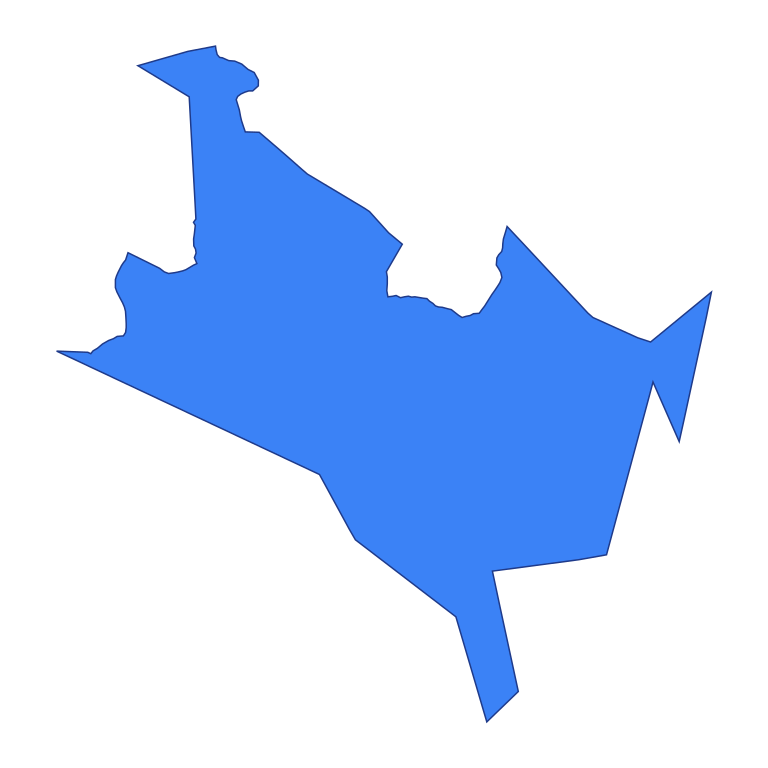 São João do Piauí, Piauí, Brazil (Equal Earth projection)
{"feature_id": "56859067B41034930861152", "entity_name": "São João do Piauí", "entity_type": "district", "adm_level": 2, "iso_a3": "BRA", "parent_name": "Brazil", "parent_adm1": "Piauí", "projection": "equal_earth", "projection_center": [-42.318, -8.328], "detail": "fine", "context": "isolated", "style": "filled", "palette": "blue", "viewbox_px": 768, "rotation_deg": 0, "n_neighbors": 0, "source": "geoboundaries", "source_scale": "gbopen_adm2", "svg_char_len": 1978}
<svg xmlns="http://www.w3.org/2000/svg" viewBox="0 0 768 768"><path d="M711.4,292.1L650.6,342.0L637.8,337.8L608.8,324.7L592.9,317.5L587.9,313.1L523.9,244.4L507.1,226.5L505.5,232.1L503.4,239.0L502.8,244.0L502.6,247.9L501.7,251.5L498.7,254.8L496.9,257.9L496.3,265.0L498.7,268.7L500.8,272.5L501.9,277.5L499.9,282.6L497.5,286.4L494.9,290.3L491.9,294.5L488.2,300.4L484.6,306.1L481.9,309.6L479.2,313.3L473.5,313.7L470.2,315.5L466.1,316.3L462.1,317.5L458.7,315.4L455.5,312.9L451.3,309.6L447.9,308.8L442.3,307.3L438.6,307.0L435.4,305.9L432.9,303.4L429.5,301.2L426.9,298.6L423.3,298.2L419.1,297.5L414.9,296.8L411.6,297.1L408.4,296.2L404.5,296.8L400.5,297.7L396.1,295.5L392.4,296.3L387.9,296.8L386.8,290.7L387.3,283.8L387.3,277.0L386.4,271.7L402.3,244.2L388.6,232.8L378.7,221.8L369.5,211.6L365.2,208.7L327.5,186.1L307.4,174.1L301.7,169.2L287.2,156.4L280.4,150.5L259.2,132.3L245.3,131.9L243.7,127.3L241.5,120.6L240.6,116.8L239.3,109.8L236.2,99.6L237.7,96.4L240.9,94.0L244.8,92.2L248.8,90.9L252.7,90.9L258.3,85.9L258.4,80.2L254.2,72.5L248.0,69.4L241.8,64.1L234.7,61.1L228.7,60.6L222.4,57.8L219.6,57.4L217.2,54.6L216.0,49.8L215.5,46.1L187.8,51.4L137.9,65.7L189.2,96.8L195.0,202.0L195.9,219.0L193.5,222.3L195.3,225.4L194.3,234.3L193.6,239.0L193.8,245.9L195.5,249.1L196.1,253.0L194.4,257.6L196.9,263.6L193.6,265.1L185.9,269.7L182.6,270.9L177.6,272.1L174.5,272.7L168.6,273.5L164.3,271.9L159.6,268.3L128.0,252.7L125.6,260.0L123.5,262.6L121.5,265.6L118.1,272.3L116.5,276.0L115.4,279.6L115.4,287.7L116.9,291.9L120.0,298.0L122.6,302.8L124.4,307.0L125.5,311.3L125.9,317.2L126.2,323.6L126.2,327.6L125.6,332.4L123.4,335.9L117.2,336.4L113.4,338.7L108.6,340.5L102.5,344.0L97.4,348.3L93.0,350.9L90.8,353.7L87.8,352.3L56.6,351.1L319.5,474.5L345.1,521.5L349.5,529.6L355.4,539.8L455.9,616.8L486.8,721.9L518.3,691.5L500.0,606.9L492.4,571.1L578.9,559.7L606.5,554.8L627.5,476.9L648.2,400.1L653.0,382.0L679.2,441.6L683.9,420.3L706.4,316.9L711.4,292.1Z" fill="#3b82f6" stroke="#1e3a8a" stroke-width="1.5"/></svg>